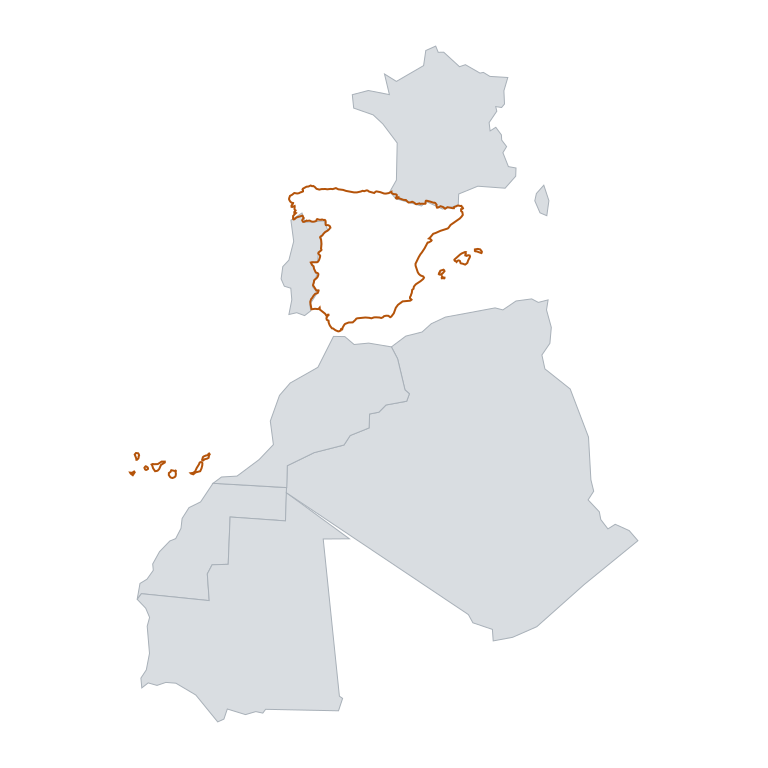 Spain shown with its bordering countries
{"feature_id": "ESP", "entity_name": "Spain", "entity_type": "country or territory", "adm_level": 0, "iso_a3": "ESP", "parent_name": "Europe", "parent_adm1": "", "projection": "orthographic", "projection_center": [-5.186, 35.705], "detail": "fine", "context": "with_neighbors", "style": "outline", "palette": "amber", "viewbox_px": 768, "rotation_deg": 0, "n_neighbors": 6, "source": "natural_earth", "source_scale": "50m", "svg_char_len": 9025}
<svg xmlns="http://www.w3.org/2000/svg" viewBox="0 0 768 768"><path d="M286.8,487.6L285.5,520.9L230.1,517.0L228.2,564.3L212.1,564.8L207.3,573.9L209.2,600.6L141.4,593.7L137.2,599.3L140.0,583.4L147.0,579.2L153.3,570.3L152.7,564.0L159.5,551.7L169.8,541.0L175.7,538.6L181.0,528.3L182.1,518.5L189.0,507.6L200.6,501.9L213.0,483.3L286.8,487.6Z" fill="#d9dde1" stroke="#a8b0b8" stroke-width="1"/><path d="M483.4,72.4L489.9,76.4L507.8,77.5L503.9,90.8L504.5,104.0L501.6,107.5L495.7,106.6L496.8,111.2L489.1,122.6L490.1,130.9L495.8,127.3L501.4,134.9L501.7,140.1L506.6,146.6L502.9,152.7L508.4,166.6L516.0,168.0L515.7,176.2L505.1,188.2L477.8,186.2L458.7,194.0L458.2,205.4L442.4,209.0L426.3,201.6L421.5,206.0L395.7,198.7L389.9,191.6L396.4,180.1L397.2,143.0L382.9,124.0L373.2,114.9L353.7,108.1L352.3,94.7L368.3,90.5L389.4,94.6L384.5,74.0L396.4,81.4L423.6,65.6L425.8,50.5L435.7,46.1L438.2,52.3L443.7,52.2L459.5,66.7L465.4,64.7L480.0,73.1L483.4,72.4ZM536.4,193.5L543.8,185.2L548.9,200.7L546.8,215.7L540.0,212.8L534.8,200.8L536.4,193.5Z" fill="#d9dde1" stroke="#a8b0b8" stroke-width="1"/><path d="M137.2,599.3L141.4,593.7L209.2,600.6L207.3,573.9L212.1,564.8L228.2,564.3L230.1,517.0L285.5,520.9L286.3,492.7L349.4,538.8L323.2,539.0L339.4,696.2L342.6,698.4L338.5,710.8L265.6,709.3L262.8,713.1L255.8,711.6L245.5,714.6L227.3,709.0L223.9,719.1L217.7,721.9L195.8,695.0L175.9,683.2L165.9,682.4L157.0,685.4L148.2,682.9L141.8,687.9L140.9,678.1L146.3,669.9L149.5,653.4L147.2,626.2L149.6,617.4L145.7,608.2L137.2,599.3Z" fill="#d9dde1" stroke="#a8b0b8" stroke-width="1"/><path d="M286.3,492.7L287.3,465.7L314.2,452.6L344.0,445.0L350.2,435.5L369.1,427.9L369.6,414.0L378.9,412.2L386.0,405.0L406.7,401.2L409.4,393.8L405.0,389.9L397.6,358.8L391.4,346.9L405.8,336.1L422.1,332.0L431.3,323.7L445.4,317.1L495.1,307.9L502.9,309.9L516.0,301.0L531.7,298.9L538.3,302.4L548.1,299.9L546.5,309.9L551.3,327.4L549.9,343.3L541.9,355.0L544.9,368.9L570.2,389.0L588.5,437.1L590.9,479.8L593.7,491.2L588.1,499.9L599.3,511.8L600.8,519.6L607.9,528.9L615.2,524.3L629.2,530.6L637.9,540.7L584.0,584.7L536.8,626.7L512.6,637.3L493.2,640.9L492.4,629.4L472.9,622.8L468.4,614.6L286.3,492.7Z" fill="#d9dde1" stroke="#a8b0b8" stroke-width="1"/><path d="M290.9,220.2L302.0,213.0L305.1,222.3L324.1,221.0L327.9,230.5L321.2,235.5L320.8,250.1L318.4,252.8L317.6,261.7L311.3,263.1L316.9,274.5L312.5,286.8L317.5,292.5L309.7,304.6L310.8,310.8L304.6,315.6L296.7,312.7L288.9,314.5L291.8,299.8L290.8,288.2L284.3,286.2L281.1,278.9L282.8,266.6L288.9,260.1L293.7,241.3L290.9,220.2Z" fill="#d9dde1" stroke="#a8b0b8" stroke-width="1"/><path d="M221.5,477.0L237.0,476.1L259.1,459.6L273.4,444.6L270.3,421.1L279.5,395.4L290.2,383.0L317.9,367.3L333.5,336.4L344.8,336.6L354.1,344.5L368.7,343.1L391.4,346.9L397.6,358.8L405.0,389.9L409.4,393.8L406.7,401.2L386.0,405.0L378.9,412.2L369.6,414.0L369.1,427.9L350.2,435.5L344.0,445.0L314.2,452.6L287.3,465.7L286.8,487.6L213.0,483.3L221.5,477.0Z" fill="#d9dde1" stroke="#a8b0b8" stroke-width="1"/><path d="M391.4,191.8L391.4,192.5L392.0,193.3L392.6,193.7L393.7,194.1L395.9,194.3L396.7,194.8L396.8,195.6L396.7,196.5L395.9,197.9L396.2,198.3L396.7,198.6L397.5,198.5L398.1,197.4L398.4,197.3L398.4,197.6L398.6,198.1L400.2,198.7L403.6,199.9L405.9,200.0L406.3,200.5L408.5,202.5L410.0,202.4L411.1,202.2L411.9,201.8L412.4,201.8L413.8,202.5L414.7,203.1L415.6,203.9L416.2,204.2L419.5,203.4L420.2,203.9L421.9,203.7L423.9,203.8L425.4,203.7L425.6,203.4L425.6,201.6L425.8,200.9L426.1,200.7L427.1,200.8L430.5,201.7L433.4,202.7L434.5,202.7L435.3,203.0L436.6,204.7L436.4,205.6L436.7,206.5L436.8,207.2L437.1,207.7L438.2,207.5L440.5,206.2L442.7,206.9L443.7,207.4L444.6,208.6L445.3,208.7L446.1,208.0L447.5,207.2L452.7,208.2L453.9,208.2L454.0,207.2L454.4,206.9L456.0,206.4L457.0,205.8L458.0,205.5L460.6,206.0L461.4,205.9L461.9,207.0L462.6,207.4L463.0,208.4L461.8,209.1L461.1,209.2L461.1,211.0L461.5,211.5L462.2,211.9L462.4,212.4L462.8,214.9L461.6,216.6L459.8,218.5L450.6,224.9L448.5,227.8L447.7,228.5L440.5,230.8L435.6,233.0L433.2,233.8L430.4,237.2L429.0,238.5L430.2,238.8L431.6,240.3L431.2,241.0L429.3,242.1L428.5,242.5L428.0,242.4L427.6,242.6L424.6,248.3L421.9,252.4L420.4,254.3L418.8,257.0L415.5,263.8L415.6,265.8L417.8,272.3L418.9,274.0L420.5,275.4L423.3,276.5L424.0,277.7L423.2,279.0L420.5,281.2L415.8,284.3L413.9,286.6L413.5,288.8L412.2,289.8L411.8,292.8L411.0,294.9L410.9,295.5L410.0,297.1L410.0,298.2L411.5,299.7L410.8,300.3L410.1,300.7L402.6,301.4L398.0,304.8L395.8,307.8L393.8,313.3L391.3,316.6L390.2,317.2L388.4,315.8L386.2,315.7L384.0,316.2L382.9,317.3L381.2,318.0L379.4,317.5L375.7,317.3L374.0,317.4L371.4,318.3L369.2,317.8L365.4,317.5L357.3,318.3L356.3,318.7L355.3,320.0L352.7,322.4L348.7,322.5L345.1,323.9L344.2,324.9L342.7,327.5L342.2,329.4L341.9,329.4L341.5,328.9L341.0,329.1L340.7,330.5L339.3,331.2L338.2,331.4L335.4,330.2L333.1,328.5L331.9,328.3L329.9,325.6L329.1,323.8L328.5,321.9L328.7,321.2L328.5,320.6L326.8,319.8L326.4,318.1L327.7,315.8L328.7,314.9L329.3,314.6L327.8,314.7L326.6,316.1L325.2,313.8L319.4,309.2L319.8,308.2L319.7,307.6L318.7,308.8L318.0,309.1L315.0,308.8L311.5,309.3L310.3,302.8L310.3,301.6L311.2,299.0L312.2,297.9L313.6,295.6L315.2,293.8L317.6,293.1L318.3,291.7L318.6,290.4L318.4,290.3L316.4,290.5L313.0,285.2L313.2,284.4L313.6,283.2L314.0,281.6L314.1,280.4L315.0,279.4L316.4,278.4L317.6,276.9L318.2,275.4L318.4,274.1L317.7,273.1L315.8,272.5L314.0,268.7L313.6,266.3L312.0,264.9L310.8,262.5L312.0,262.2L316.9,262.3L318.0,261.7L319.0,260.1L319.9,257.5L320.2,255.9L319.9,255.3L318.3,253.6L318.3,253.1L318.6,252.4L320.8,250.7L321.5,249.9L321.4,249.3L321.0,248.6L321.0,248.0L321.2,247.3L321.4,244.7L321.5,244.1L321.3,241.7L321.1,239.8L320.1,237.4L320.3,236.8L320.8,236.4L322.3,235.5L323.6,233.6L325.3,231.9L327.7,230.6L329.3,229.1L329.9,228.0L330.4,227.7L330.0,226.4L329.1,225.6L327.9,225.1L326.6,225.2L325.8,225.0L325.6,224.4L325.7,222.8L325.6,221.2L325.4,220.5L324.8,219.9L323.6,220.0L322.6,219.6L321.8,219.5L321.3,219.8L319.0,219.7L317.4,219.1L317.0,219.2L316.7,219.5L316.5,220.6L315.6,221.2L313.7,221.7L312.2,221.7L310.8,221.2L309.7,220.6L306.8,220.9L306.5,220.6L304.0,221.9L303.2,221.9L302.9,221.7L302.2,220.3L302.4,219.7L303.7,218.0L303.5,217.6L303.1,217.0L302.7,216.2L302.6,215.8L301.8,215.7L301.0,216.1L297.2,217.2L295.9,217.9L294.5,219.2L293.5,219.4L293.1,219.0L293.1,216.0L294.8,214.1L296.0,213.0L295.5,212.7L294.3,212.7L294.4,211.8L295.0,211.4L295.6,210.4L294.9,209.9L294.5,209.2L294.6,207.5L294.7,206.8L294.6,206.0L292.1,207.0L291.5,206.8L291.5,205.5L293.0,203.6L293.1,203.0L291.6,202.7L290.4,201.7L289.8,200.8L289.1,199.5L289.1,198.4L290.0,195.9L292.2,194.7L294.3,193.0L297.2,193.5L298.9,193.2L300.6,192.3L301.5,192.1L303.0,191.4L303.0,190.3L302.5,189.5L302.9,188.7L306.5,186.7L308.5,186.5L310.7,185.5L312.1,186.2L313.3,186.0L314.7,186.9L316.5,188.8L319.3,189.6L321.5,189.1L325.3,189.0L327.3,189.3L330.7,188.9L332.7,189.1L335.9,188.1L338.3,189.3L343.1,189.9L346.0,190.9L354.0,192.4L356.9,192.4L360.9,191.5L362.6,190.8L364.2,191.2L366.5,190.4L367.6,190.5L369.1,191.6L374.2,193.0L375.6,191.7L376.5,191.4L380.2,192.1L384.0,193.5L385.9,193.6L388.7,193.1L391.4,191.8ZM465.3,255.4L466.7,255.9L468.1,255.2L468.9,255.3L469.7,255.5L470.0,256.7L469.4,258.1L468.6,259.5L467.9,261.1L467.4,262.8L466.2,263.9L465.1,264.6L462.4,263.6L461.0,263.4L460.5,263.0L460.0,261.1L459.3,260.6L458.3,260.4L457.5,260.9L456.5,262.0L455.8,261.1L454.9,260.9L454.5,260.4L454.4,259.6L460.0,254.6L461.6,253.5L465.1,252.0L465.7,252.1L465.3,252.8L465.4,253.1L465.8,253.4L465.8,254.0L465.4,254.5L465.3,255.4ZM161.0,464.9L159.2,469.0L157.8,470.5L157.0,470.9L155.1,471.2L153.1,468.3L152.2,465.4L151.6,464.5L152.7,464.0L154.2,464.2L157.4,464.1L158.1,463.9L161.6,461.6L164.8,461.6L164.8,462.5L161.0,464.9ZM195.6,472.4L193.3,474.3L191.1,473.6L190.7,473.2L193.0,472.9L195.1,471.5L196.7,468.0L199.0,464.3L199.6,462.7L200.4,462.1L201.5,462.1L202.0,462.3L202.4,463.2L202.3,465.2L201.5,468.4L200.2,471.2L195.6,472.4ZM175.9,470.9L175.6,472.3L175.9,473.8L175.6,476.0L174.7,477.1L172.6,478.0L171.1,477.7L170.2,477.1L168.8,475.0L168.9,473.0L170.5,471.9L171.3,470.2L175.0,471.0L175.6,470.6L175.9,470.9ZM204.5,459.3L203.3,460.4L202.1,459.9L202.9,457.2L203.6,456.5L205.9,455.5L207.8,455.2L208.4,454.0L209.1,453.5L209.7,454.3L209.1,455.2L208.6,457.8L207.2,458.6L204.5,459.3ZM481.6,252.9L481.4,253.1L476.7,251.4L475.3,251.3L474.9,251.0L474.9,249.4L477.8,248.9L480.2,249.4L481.8,251.5L481.9,251.8L481.6,252.9ZM136.9,459.8L136.4,459.8L136.2,458.3L134.7,454.5L136.0,453.0L138.2,453.3L138.9,454.5L139.1,455.7L138.6,456.3L138.6,457.7L138.3,458.5L136.9,459.8ZM442.0,273.6L441.6,274.8L439.3,274.5L438.8,274.1L439.2,272.8L439.8,272.6L439.8,271.6L440.4,270.7L443.5,269.7L444.2,270.3L444.5,271.2L442.7,273.3L442.0,273.6ZM146.5,469.9L145.8,469.9L145.1,469.4L144.4,467.8L145.1,466.8L145.6,466.3L146.4,466.5L147.7,467.5L148.0,468.4L148.0,468.9L146.5,469.9ZM134.7,472.3L132.8,475.2L130.9,473.8L130.5,473.3L130.1,472.6L132.1,472.8L134.1,471.5L134.7,472.3ZM444.5,278.1L444.2,278.4L443.2,278.2L441.8,278.3L441.7,277.6L442.1,276.5L443.1,277.5L444.5,277.6L444.5,278.1Z" fill="none" stroke="#b45309" stroke-width="2"/></svg>